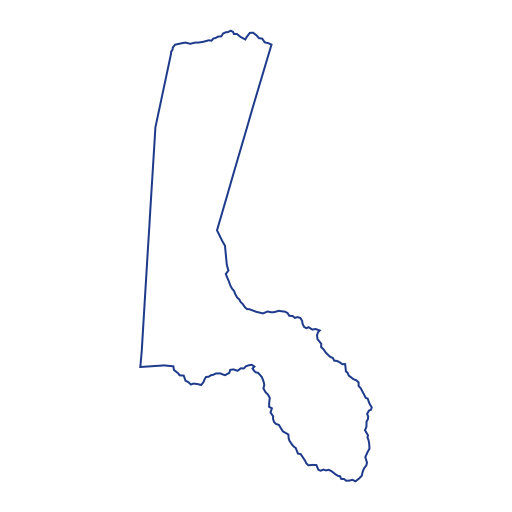 the district of Tupanatinga, Pernambuco, Brazil
{"feature_id": "56859067B27926244892449", "entity_name": "Tupanatinga", "entity_type": "district", "adm_level": 2, "iso_a3": "BRA", "parent_name": "Brazil", "parent_adm1": "Pernambuco", "projection": "robinson", "projection_center": [-37.223, -8.674], "detail": "fine", "context": "isolated", "style": "outline", "palette": "blue", "viewbox_px": 512, "rotation_deg": 0, "n_neighbors": 0, "source": "geoboundaries", "source_scale": "gbopen_adm2", "svg_char_len": 2994}
<svg xmlns="http://www.w3.org/2000/svg" viewBox="0 0 512 512"><path d="M271.5,44.6L268.6,43.3L264.7,42.3L262.2,38.6L259.0,38.2L256.6,35.4L253.0,32.7L249.8,32.9L246.6,37.1L245.3,39.5L242.4,37.9L240.5,36.9L236.8,33.9L233.9,34.0L233.1,32.0L230.8,30.7L227.8,32.1L225.7,32.3L223.1,33.5L221.3,36.3L217.8,36.7L215.7,38.0L213.4,38.5L211.5,40.7L208.7,40.3L203.3,41.8L198.3,42.6L195.0,42.6L190.3,43.8L185.4,42.6L182.3,43.1L175.0,44.7L172.8,47.6L172.5,49.8L171.2,51.6L170.9,54.4L155.4,127.4L154.4,143.9L152.4,176.2L149.9,216.5L149.7,220.2L149.3,227.2L148.2,244.2L146.5,272.2L146.0,280.4L144.4,306.8L141.7,351.7L140.3,367.0L164.2,365.4L173.3,366.3L174.0,370.0L178.2,373.3L179.6,375.3L183.7,375.6L184.6,378.0L185.5,380.7L188.3,382.1L190.9,384.5L193.4,383.6L195.4,383.8L197.7,384.1L201.2,385.0L203.4,382.2L204.7,379.1L206.0,377.0L208.8,376.7L211.1,375.1L213.2,374.8L215.9,373.5L220.3,373.4L222.4,374.3L225.0,375.2L229.3,372.9L230.2,369.9L233.5,369.4L237.6,370.8L240.8,368.3L243.7,368.5L245.9,366.3L248.7,365.3L251.8,364.8L254.4,366.6L252.5,368.5L254.1,370.8L255.6,372.3L258.1,372.8L260.4,375.4L262.0,377.3L263.7,382.0L264.3,385.1L263.4,388.4L265.6,392.3L267.6,394.2L268.8,396.1L269.8,398.0L269.2,402.7L269.1,406.8L271.9,408.3L270.5,412.5L273.2,416.4L273.0,418.8L274.1,422.1L276.1,424.0L278.9,424.9L280.7,427.9L282.9,431.4L288.4,434.5L288.6,437.9L289.4,440.6L291.7,444.1L293.7,446.5L295.8,448.1L296.8,450.7L297.9,453.6L300.7,454.1L302.4,456.7L305.2,460.9L306.3,463.3L308.4,465.3L313.0,464.9L316.4,465.1L318.4,469.8L320.6,470.7L323.6,469.6L325.9,470.4L328.7,469.8L331.7,471.3L335.2,474.1L337.8,475.8L340.0,476.2L341.2,478.9L344.0,479.0L346.1,480.7L349.5,480.6L352.3,479.8L355.5,481.3L359.2,478.4L361.8,475.7L362.5,472.3L364.0,468.4L366.3,465.5L367.0,462.7L365.3,457.1L367.5,452.2L369.5,448.6L369.1,442.9L368.5,440.1L367.5,437.5L368.0,435.3L366.1,432.2L365.0,430.2L366.4,426.8L366.5,424.4L366.5,421.7L367.9,419.2L368.2,416.5L367.1,413.9L369.1,410.5L371.1,409.6L371.7,407.3L370.1,404.7L369.1,402.7L367.7,398.6L365.7,397.8L363.8,394.1L361.9,390.5L360.8,388.4L358.6,385.9L358.6,382.4L356.5,380.4L353.3,379.1L351.2,377.4L348.7,375.5L347.6,372.8L345.9,371.4L345.6,368.0L345.1,364.1L342.4,364.2L339.4,362.1L336.9,360.9L334.3,360.7L332.9,358.1L330.0,356.7L327.3,354.2L325.4,352.1L323.7,349.5L321.1,347.0L321.3,344.0L319.7,341.8L317.5,339.2L317.0,335.1L318.1,332.1L319.7,330.5L315.5,329.0L312.4,329.6L308.5,327.2L306.4,328.2L304.1,326.9L302.6,323.9L302.1,320.8L300.4,318.0L297.4,317.1L294.9,317.9L292.6,316.0L289.3,315.8L287.6,313.1L285.1,311.7L281.8,311.3L278.8,310.8L276.6,311.5L273.8,312.2L271.2,312.3L267.6,311.5L262.9,313.4L256.2,311.8L249.3,309.2L247.0,309.1L244.9,307.2L243.0,304.4L240.4,301.7L239.4,299.5L237.2,297.6L235.2,294.0L234.1,291.0L232.1,288.7L230.6,286.1L228.6,280.7L227.4,278.0L225.8,274.0L228.4,270.6L226.8,264.8L226.5,261.6L225.3,249.3L225.0,245.8L222.3,241.1L217.0,230.3L226.5,197.8L233.5,173.5L247.1,127.1L249.1,120.1L253.6,104.6L271.5,44.6Z" fill="none" stroke="#1e3a8a" stroke-width="2"/></svg>